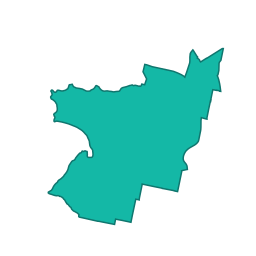 outline of Melville, Western Australia, Australia, rotated 282°
{"feature_id": "25037944B89194743408802", "entity_name": "Melville", "entity_type": "district", "adm_level": 2, "iso_a3": "AUS", "parent_name": "Australia", "parent_adm1": "Western Australia", "projection": "mercator", "projection_center": [115.829, -32.044], "detail": "fine", "context": "isolated", "style": "filled", "palette": "teal", "viewbox_px": 256, "rotation_deg": 282, "n_neighbors": 0, "source": "geoboundaries", "source_scale": "gbopen_adm2", "svg_char_len": 5507}
<svg xmlns="http://www.w3.org/2000/svg" viewBox="0 0 256 256"><g transform="rotate(282 128 128)"><path d="M173.9,132.4L173.4,132.2L172.9,132.3L172.2,132.1L171.6,131.7L171.4,131.4L171.3,130.8L171.4,130.5L171.2,130.2L171.1,129.9L171.2,129.1L171.3,127.6L171.3,126.6L171.3,126.1L171.1,125.6L170.9,125.3L170.6,124.5L170.7,124.0L171.0,123.2L170.9,122.9L170.7,122.6L170.4,122.1L170.0,121.0L168.1,117.9L166.4,114.4L165.5,113.3L164.7,112.9L163.0,112.3L162.4,112.0L162.1,111.6L161.9,111.1L161.2,108.7L160.6,107.2L160.4,106.7L160.3,105.9L160.3,104.9L160.3,103.7L160.1,102.8L160.0,100.1L159.7,98.9L159.2,97.5L159.1,97.1L159.1,96.3L159.1,95.8L159.3,94.8L159.7,93.9L160.4,92.8L161.1,91.9L161.7,91.4L162.3,90.8L162.4,90.3L162.4,90.1L162.9,88.7L162.9,88.4L162.8,88.0L162.6,87.8L162.3,87.6L160.7,87.1L159.1,86.2L158.4,85.3L157.5,84.0L156.7,83.4L156.4,83.2L156.0,82.4L155.7,81.0L155.5,80.1L155.5,79.7L155.6,79.0L156.6,75.3L156.6,74.5L156.6,73.3L156.6,72.4L156.6,72.0L156.5,71.2L156.5,70.4L156.4,69.9L156.4,68.8L156.6,68.2L157.0,66.4L157.2,66.1L157.5,65.7L158.0,65.3L159.2,64.3L158.7,63.3L158.3,62.3L158.2,61.8L158.0,61.6L157.6,61.4L156.7,61.4L156.1,61.3L155.5,61.3L155.2,61.3L154.8,61.1L154.6,61.1L154.2,61.0L153.6,60.8L153.4,60.5L153.0,59.9L151.9,59.0L151.3,57.6L151.0,57.2L150.5,55.8L150.4,54.6L150.5,52.7L150.4,51.5L150.2,51.2L150.0,50.9L149.4,50.8L148.1,50.0L147.8,49.5L147.7,49.1L147.7,48.8L148.0,48.1L148.4,47.4L149.0,46.8L149.3,46.1L149.3,45.6L149.1,45.3L148.7,45.1L148.3,44.9L148.0,44.9L147.8,45.1L147.5,45.4L146.7,46.0L145.4,46.7L145.0,46.8L144.3,46.7L143.1,46.2L142.5,45.9L142.2,45.9L141.9,46.0L141.2,46.4L140.7,46.7L140.4,47.1L140.2,48.2L139.7,49.3L139.2,50.3L138.6,51.2L138.2,51.7L137.3,52.4L136.8,53.0L136.2,53.4L135.6,53.7L134.2,54.1L132.8,54.7L132.0,54.8L131.2,55.0L130.8,55.1L130.1,55.0L129.7,54.9L129.1,54.7L128.5,54.4L127.9,54.0L127.4,53.5L126.9,52.9L126.3,52.7L125.7,52.6L125.4,52.8L125.1,53.0L124.4,53.3L123.9,53.9L123.4,54.3L122.2,54.3L121.3,54.0L120.7,54.0L119.6,54.1L119.3,54.2L119.0,54.5L118.9,54.7L118.9,55.0L119.0,55.2L119.3,55.6L119.7,56.3L119.9,56.8L120.0,58.2L120.1,62.3L120.0,63.8L120.0,64.6L119.7,68.9L119.4,70.7L119.3,71.6L118.8,74.1L118.6,75.5L118.1,77.9L116.6,82.1L115.9,83.8L115.6,84.2L115.0,85.3L114.3,86.2L113.9,86.8L113.4,87.4L112.2,89.2L111.6,89.7L109.7,91.0L109.1,91.5L107.1,92.9L105.2,93.5L104.3,93.9L103.7,94.0L102.7,94.5L102.1,94.9L101.1,95.7L99.8,97.3L98.9,98.0L98.5,98.2L97.8,98.4L97.5,98.4L97.0,98.6L96.7,98.8L95.4,99.1L94.9,99.3L93.2,99.4L92.5,99.2L92.0,98.9L91.7,98.6L91.1,96.0L91.0,95.4L91.1,94.9L91.3,94.5L91.8,94.1L92.3,93.9L93.1,93.8L93.9,93.7L95.2,93.2L95.8,93.2L96.3,93.0L96.6,92.7L96.5,91.9L96.7,91.3L96.7,90.9L96.5,90.3L95.8,89.5L95.9,88.8L96.0,88.4L95.9,88.0L95.3,87.8L94.2,87.4L93.7,86.7L93.5,86.2L93.2,85.9L91.0,84.6L89.8,84.0L87.7,83.0L86.8,82.8L85.9,82.5L85.3,82.0L84.8,81.2L84.2,80.4L83.5,79.9L81.0,78.9L79.4,78.3L78.7,78.1L77.2,78.0L75.0,77.9L73.3,77.5L72.5,77.3L70.4,76.4L68.8,75.5L68.1,75.3L67.3,75.0L64.7,73.2L63.7,72.3L62.8,71.3L62.1,70.8L61.5,70.5L60.8,70.3L60.4,70.3L60.1,70.1L59.0,69.2L58.3,68.7L56.8,67.9L55.3,67.3L53.1,66.8L51.2,66.1L50.9,65.8L50.5,65.3L49.7,64.5L49.0,63.7L48.7,63.4L48.4,63.4L47.8,63.6L47.7,63.9L47.6,64.4L47.4,64.5L47.3,65.0L47.3,65.7L47.2,66.3L47.2,66.9L47.0,68.3L46.8,70.2L46.8,70.8L46.8,71.5L46.9,72.4L47.3,73.5L47.3,74.3L47.3,74.7L47.1,75.0L46.9,75.2L47.0,76.1L47.0,76.4L46.8,77.2L46.6,77.7L46.3,78.2L46.3,78.5L46.1,78.8L45.4,79.6L45.0,80.0L44.7,80.7L44.3,81.2L42.6,82.6L42.1,83.4L41.5,83.6L41.3,83.7L41.2,84.1L41.1,84.5L40.9,84.7L40.8,84.9L40.7,85.4L40.4,85.8L40.2,86.0L39.1,87.2L38.9,87.6L38.6,88.4L38.3,88.9L38.0,89.1L37.6,89.2L37.4,89.3L36.9,89.8L35.8,91.4L35.4,92.3L35.0,94.1L34.7,94.8L34.6,95.0L34.4,96.0L34.0,96.7L33.6,97.2L33.2,98.0L32.6,98.0L31.2,98.2L30.7,98.8L30.7,101.9L30.8,102.0L30.8,102.3L30.7,102.3L30.5,117.6L30.7,119.3L30.7,121.6L30.9,134.9L36.3,134.8L36.3,135.0L36.3,137.2L36.4,141.5L36.4,150.5L43.9,150.4L60.0,150.4L60.0,153.9L60.3,153.8L62.8,153.7L75.1,153.6L76.1,153.5L76.1,165.3L76.2,173.8L76.0,174.0L76.1,176.6L76.3,186.5L76.1,186.5L76.1,189.7L76.4,189.7L80.8,189.7L96.6,189.6L97.4,189.3L99.4,193.7L99.8,194.7L102.6,193.8L103.3,193.5L103.8,193.1L104.4,192.7L104.9,192.2L106.3,190.5L107.2,189.5L107.8,189.1L108.4,188.8L109.0,188.5L109.8,188.3L110.6,188.2L111.8,188.1L113.1,188.2L114.4,188.4L115.8,188.8L117.2,189.3L117.9,189.7L119.7,190.9L120.6,191.7L121.2,192.2L125.2,196.7L126.3,197.7L127.2,198.4L128.1,198.9L128.9,199.3L129.8,199.6L131.5,199.7L138.2,199.6L140.1,199.6L141.7,199.5L144.2,199.1L148.7,198.2L150.7,197.8L153.4,197.6L153.1,201.9L153.1,203.4L154.4,203.1L162.8,203.0L163.1,203.0L163.3,203.0L171.2,203.0L171.1,203.3L172.9,203.3L172.9,203.1L183.1,203.0L183.2,206.9L183.4,206.9L183.4,209.7L183.0,209.9L183.1,211.1L187.9,209.4L190.4,208.4L194.1,206.7L196.5,205.3L197.8,204.4L198.8,204.9L203.2,204.9L210.3,203.6L211.6,203.8L213.5,204.8L225.5,204.7L225.3,203.7L212.5,190.5L212.6,190.3L208.0,185.6L207.7,185.2L208.8,184.1L209.4,183.8L210.1,182.8L210.8,181.2L211.1,181.3L211.6,181.4L212.0,181.3L212.1,181.2L212.2,180.8L217.7,175.5L217.9,175.2L217.5,175.0L216.0,174.2L215.3,173.9L214.5,173.6L213.3,173.4L213.2,173.7L211.8,173.6L211.0,173.7L210.2,173.8L206.5,174.6L205.6,174.7L204.4,174.8L202.4,174.6L194.2,173.7L189.5,173.0L189.6,172.8L189.9,172.8L191.2,169.2L191.9,166.3L192.3,164.2L192.8,161.2L192.9,160.3L192.9,157.8L193.0,138.8L193.2,137.4L193.6,134.1L193.7,133.3L193.7,131.2L186.1,131.0L179.9,136.0L173.8,135.3L173.8,133.2L173.9,132.4Z" fill="#14b8a6" stroke="#0f766e" stroke-width="1.5"/></g></svg>